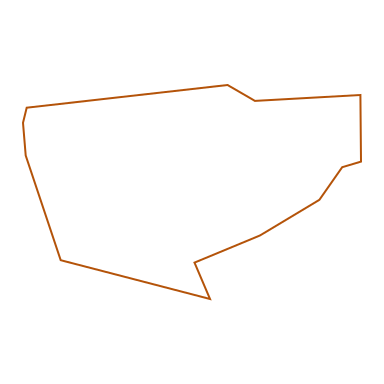 Nagero, Western Equatoria, South Sudan
{"feature_id": "79223893B92049236674471", "entity_name": "Nagero", "entity_type": "district", "adm_level": 2, "iso_a3": "SSD", "parent_name": "South Sudan", "parent_adm1": "Western Equatoria", "projection": "natural_earth1", "projection_center": [27.894, 6.408], "detail": "fine", "context": "isolated", "style": "outline", "palette": "amber", "viewbox_px": 384, "rotation_deg": 0, "n_neighbors": 0, "source": "geoboundaries", "source_scale": "gbopen_adm2", "svg_char_len": 299}
<svg xmlns="http://www.w3.org/2000/svg" viewBox="0 0 384 384"><path d="M360.4,95.0L254.9,100.9L251.2,98.7L227.5,85.0L26.7,107.7L23.0,122.8L25.7,155.5L60.7,260.2L210.0,299.0L194.5,262.6L259.9,235.5L319.4,199.8L342.2,167.2L361.0,161.6L360.4,95.0Z" fill="none" stroke="#b45309" stroke-width="2"/></svg>